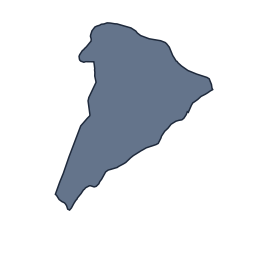 outline of Santa María Chiquimula, Totonicapán, Guatemala, rotated 198°
{"feature_id": "79465075B31639983176614", "entity_name": "Santa María Chiquimula", "entity_type": "district", "adm_level": 2, "iso_a3": "GTM", "parent_name": "Guatemala", "parent_adm1": "Totonicapán", "projection": "equal_earth", "projection_center": [-91.316, 15.037], "detail": "fine", "context": "isolated", "style": "filled", "palette": "slate", "viewbox_px": 256, "rotation_deg": 198, "n_neighbors": 0, "source": "geoboundaries", "source_scale": "gbopen_adm2", "svg_char_len": 1626}
<svg xmlns="http://www.w3.org/2000/svg" viewBox="0 0 256 256"><g transform="rotate(198 128 128)"><path d="M59.3,190.7L60.4,191.8L62.1,195.2L66.0,199.9L68.5,200.5L79.4,200.5L88.8,201.2L96.3,203.5L100.5,205.4L102.0,206.5L102.8,206.5L107.9,210.8L113.7,217.6L117.4,220.1L119.1,220.8L123.9,221.1L135.5,219.4L144.5,219.8L148.5,221.2L150.5,222.6L156.1,224.1L170.7,223.6L172.4,223.1L177.5,222.3L180.4,221.5L182.9,219.6L185.5,218.4L186.8,216.9L189.0,215.4L190.7,213.8L192.3,209.3L192.3,205.2L192.1,203.7L190.4,201.1L190.0,199.2L192.7,192.3L194.1,189.8L194.2,189.0L195.3,187.6L196.6,182.8L196.7,181.0L195.5,178.5L194.9,177.7L193.6,177.0L190.3,176.9L188.8,178.0L181.0,180.4L180.0,178.5L177.9,174.0L177.8,173.0L176.7,170.7L175.7,167.2L172.5,161.6L174.7,144.8L174.5,143.1L174.4,141.5L168.2,128.6L168.2,127.6L169.7,124.6L173.6,115.4L175.2,82.3L175.5,64.9L176.2,55.4L176.6,42.5L175.1,41.8L171.4,38.7L168.2,37.6L165.3,37.2L164.1,36.5L162.4,35.1L160.3,32.2L158.2,31.9L157.1,34.5L156.2,39.5L155.3,43.0L154.5,44.7L154.5,45.8L152.4,51.1L151.2,55.5L150.7,56.0L150.3,56.9L149.9,58.0L146.9,61.1L145.7,61.5L142.0,61.5L140.2,62.7L138.5,66.0L138.3,68.2L137.3,71.0L135.7,79.3L133.8,81.9L131.8,83.2L126.0,87.2L125.1,88.5L121.8,91.9L121.4,92.3L119.5,94.5L116.3,100.5L114.4,103.4L109.2,109.6L108.8,110.1L107.1,111.9L104.5,114.8L96.2,120.9L94.5,122.7L93.6,128.4L93.6,130.7L92.1,136.2L89.9,140.2L88.2,144.9L84.6,149.2L82.0,151.0L79.3,152.4L77.9,154.5L76.8,158.5L76.6,161.8L75.5,161.5L74.7,169.5L74.1,172.0L73.0,173.3L70.5,176.7L68.3,180.6L64.9,184.0L63.1,186.1L61.0,188.9L59.7,190.2L59.3,190.7Z" fill="#64748b" stroke="#1e293b" stroke-width="1.5"/></g></svg>